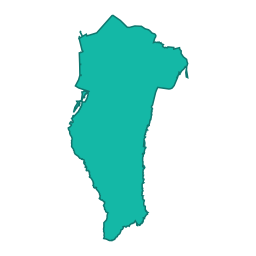 the district of NCR, Fourth District, Paranaque, Philippines
{"feature_id": "2640588B20861121251971", "entity_name": "NCR, Fourth District", "entity_type": "district", "adm_level": 2, "iso_a3": "PHL", "parent_name": "Philippines", "parent_adm1": "Paranaque", "projection": "robinson", "projection_center": [120.995, 14.466], "detail": "fine", "context": "isolated", "style": "filled", "palette": "teal", "viewbox_px": 256, "rotation_deg": 0, "n_neighbors": 0, "source": "geoboundaries", "source_scale": "gbopen_adm2", "svg_char_len": 5774}
<svg xmlns="http://www.w3.org/2000/svg" viewBox="0 0 256 256"><path d="M111.8,240.6L111.8,240.2L113.1,240.1L113.4,239.7L114.7,239.4L114.8,238.6L115.7,237.9L115.8,237.3L117.3,236.6L117.6,235.4L119.8,233.6L120.8,231.2L120.9,230.1L122.4,229.3L123.2,227.9L123.1,226.7L124.9,226.4L125.6,227.0L126.3,227.0L126.9,226.2L128.4,225.8L129.2,226.3L130.0,224.6L131.9,223.4L132.7,223.5L133.2,222.9L133.9,222.9L135.3,220.8L136.6,223.2L136.7,224.4L137.2,224.0L137.2,225.4L137.7,225.6L137.9,225.0L139.1,224.6L139.6,225.3L139.9,225.2L140.5,224.5L140.8,223.6L141.8,223.5L142.6,222.5L142.3,222.2L143.0,221.7L142.6,221.3L143.1,220.9L143.4,219.6L143.6,218.7L143.3,217.9L144.2,217.6L144.2,218.6L144.5,218.6L144.7,217.3L146.2,215.0L147.5,214.1L147.2,213.1L148.0,212.5L146.9,211.9L146.5,211.1L146.1,211.3L145.7,210.9L145.5,209.7L145.2,209.6L145.3,206.3L144.1,205.9L143.7,204.4L143.8,201.9L144.3,200.9L144.3,200.2L143.3,199.9L143.1,199.2L142.6,198.8L142.9,197.9L142.7,197.6L142.9,196.5L143.6,196.4L142.0,196.3L143.4,195.9L141.9,195.8L142.4,195.6L142.0,195.5L142.0,194.1L142.3,193.1L142.0,192.8L142.3,191.4L143.0,190.9L142.1,188.7L142.7,188.2L142.2,187.6L142.1,184.5L142.5,183.2L143.2,183.1L143.2,182.7L143.7,182.9L143.8,182.8L143.2,182.6L143.3,181.0L143.9,179.8L144.3,180.0L143.8,179.5L144.0,179.2L143.8,178.9L143.0,178.9L143.0,176.1L143.4,175.9L143.5,175.1L143.0,174.9L142.9,173.9L143.3,172.9L142.9,172.5L143.2,169.5L144.4,168.4L144.5,167.9L144.0,167.7L144.6,167.2L144.2,167.0L144.1,166.1L144.0,165.9L143.8,165.7L144.0,166.9L143.1,166.8L143.1,166.3L142.7,166.3L142.7,165.7L143.2,165.7L143.3,165.3L142.8,165.1L143.0,161.8L142.7,161.7L142.6,160.7L142.7,157.1L143.3,156.0L143.1,154.9L143.4,154.4L142.5,154.0L142.7,153.6L143.7,154.2L144.3,153.4L144.4,152.8L144.0,152.8L144.8,149.1L145.9,147.7L145.8,147.3L144.5,147.0L144.9,143.0L144.6,141.6L144.3,142.0L143.8,146.4L143.5,146.4L144.1,140.3L144.0,139.4L144.8,137.3L145.3,137.4L145.5,137.0L144.6,136.6L144.5,136.1L145.0,134.4L145.4,134.4L145.2,133.8L145.5,132.7L145.8,132.6L145.7,132.0L145.9,131.2L146.6,130.8L146.2,130.1L147.2,129.9L146.7,129.6L147.0,129.2L146.6,128.9L147.0,127.2L148.0,126.6L147.4,125.7L147.6,125.3L148.2,125.1L149.2,125.3L149.1,124.5L149.9,121.7L149.7,121.3L150.3,119.8L150.6,119.9L150.8,119.6L150.5,119.2L151.1,118.1L151.2,116.2L151.8,114.8L151.7,114.1L151.3,114.1L151.4,112.7L151.9,111.9L152.0,111.0L151.6,110.9L151.9,110.6L151.8,109.7L152.5,108.9L152.2,108.2L151.5,107.6L151.6,106.1L152.5,105.1L155.6,92.4L156.8,89.3L157.8,87.4L169.0,89.0L170.7,88.7L172.2,88.0L174.1,85.6L177.4,77.8L176.9,77.6L177.5,76.3L177.8,76.5L178.7,74.0L179.7,74.5L180.2,73.8L179.0,73.1L179.1,72.3L179.6,72.7L181.1,72.0L181.8,70.7L183.8,69.0L185.3,66.7L186.5,68.1L185.8,72.5L186.3,76.9L187.7,77.6L186.5,69.9L186.7,66.5L187.7,63.5L187.1,62.0L186.6,59.4L183.4,56.9L181.1,53.5L181.2,50.9L179.8,49.4L179.5,47.7L173.8,49.1L173.8,47.5L167.9,46.9L167.7,47.5L167.1,47.8L165.5,47.4L164.7,47.8L162.6,46.5L162.7,45.6L163.4,44.6L161.5,43.8L161.0,42.8L160.4,43.2L159.2,42.1L158.4,42.5L158.2,41.6L158.1,42.1L156.7,42.5L155.1,42.1L153.5,42.6L154.7,38.4L155.7,36.8L155.8,35.3L154.8,34.0L152.1,33.1L149.7,30.6L148.4,29.7L145.1,28.8L141.4,26.3L134.8,26.0L129.6,27.4L127.3,27.3L120.4,20.5L113.0,15.4L112.0,15.6L96.7,32.9L86.9,35.9L86.3,34.2L82.5,36.4L80.4,32.2L80.7,30.9L80.4,31.4L80.2,32.2L82.4,36.5L79.3,38.4L79.2,37.1L79.3,36.8L79.9,36.3L79.5,36.5L79.1,37.1L79.2,38.5L78.3,39.0L79.1,38.7L79.3,39.0L82.2,50.9L82.1,50.2L82.5,50.4L82.9,51.6L80.9,52.5L80.8,52.2L80.3,51.9L80.7,52.5L79.3,52.9L79.7,64.2L80.6,64.2L80.6,64.6L79.7,64.7L79.9,74.9L81.0,75.0L81.0,75.4L79.9,75.3L78.6,79.8L75.4,85.9L78.6,87.9L88.9,91.4L88.1,92.4L88.1,94.3L87.0,98.4L85.1,101.9L82.9,102.1L81.5,101.0L82.1,100.1L82.9,97.3L83.3,97.3L83.2,97.8L84.6,97.6L84.6,97.2L83.5,97.4L83.9,96.3L84.6,96.5L84.1,96.1L85.1,95.0L85.0,94.5L85.7,93.7L86.1,94.0L86.9,93.3L86.8,92.4L87.4,92.1L86.9,91.6L85.1,91.2L84.6,90.7L82.9,91.9L81.9,92.0L82.3,94.2L81.4,100.6L79.0,101.2L76.6,101.2L76.7,101.6L77.6,101.6L77.6,102.9L74.9,107.3L73.5,112.4L75.7,109.2L76.0,108.3L76.5,108.3L77.1,107.1L78.7,105.5L79.2,105.6L79.2,105.1L79.0,105.5L78.4,105.2L78.8,104.5L79.4,104.8L79.4,104.5L78.9,104.3L78.9,103.8L79.3,103.6L79.5,104.4L79.6,103.6L78.8,102.9L79.8,103.3L79.7,102.8L79.8,102.5L79.5,102.0L79.7,101.6L81.0,101.1L82.6,102.2L82.1,102.5L81.7,105.6L80.9,106.7L80.9,107.2L80.6,107.2L80.1,108.9L79.8,108.9L79.4,110.0L78.9,110.3L78.5,111.8L78.1,111.8L74.8,115.5L73.4,115.6L72.8,116.1L72.9,116.8L73.3,115.8L74.0,116.0L73.6,116.8L71.7,118.3L72.1,118.6L72.2,119.9L73.0,121.0L73.1,122.1L72.3,122.7L71.0,121.7L70.1,122.5L69.6,123.8L71.2,124.4L71.4,125.3L69.5,127.4L68.4,127.7L68.3,128.4L68.6,129.6L69.7,131.3L69.7,133.1L70.3,134.9L71.5,136.7L72.1,138.4L72.0,139.8L71.5,140.7L71.8,141.8L71.5,143.0L71.8,144.0L71.6,146.6L73.5,149.2L73.6,150.2L74.3,151.3L74.4,152.6L75.2,154.1L78.3,156.3L79.7,158.2L81.2,158.7L81.5,159.2L82.3,158.9L82.7,159.5L83.9,159.8L84.4,161.3L83.8,161.8L83.9,162.8L84.5,162.5L85.0,162.8L84.3,163.9L85.6,165.4L85.3,167.2L86.0,167.1L86.1,166.6L86.6,167.1L86.3,170.5L87.0,170.8L88.1,170.4L89.0,171.2L88.9,171.8L89.5,172.1L89.4,174.0L90.0,175.7L89.4,176.9L89.8,177.4L90.5,177.5L92.0,179.5L93.4,182.3L93.1,182.9L93.6,183.7L93.0,185.5L93.5,185.7L93.7,187.3L94.6,188.0L95.4,187.9L95.9,187.3L96.4,187.6L96.0,188.2L96.5,189.3L98.5,191.6L99.6,193.7L99.6,194.8L100.3,195.6L99.9,197.2L100.1,198.0L99.5,198.1L99.3,198.6L101.4,200.1L102.2,199.9L103.1,201.0L103.8,201.4L104.0,201.9L104.6,202.0L104.6,203.5L103.5,205.5L104.6,207.8L104.5,209.0L104.9,209.7L105.4,209.9L105.7,211.4L106.1,212.0L107.8,212.6L107.1,215.7L107.1,217.8L106.5,219.9L103.9,222.7L103.9,226.9L103.5,229.1L103.8,230.4L103.6,231.5L104.3,232.9L104.0,235.5L104.4,236.7L103.7,238.5L106.2,239.0L109.3,240.5L111.8,240.6Z" fill="#14b8a6" stroke="#0f766e" stroke-width="1.5"/></svg>